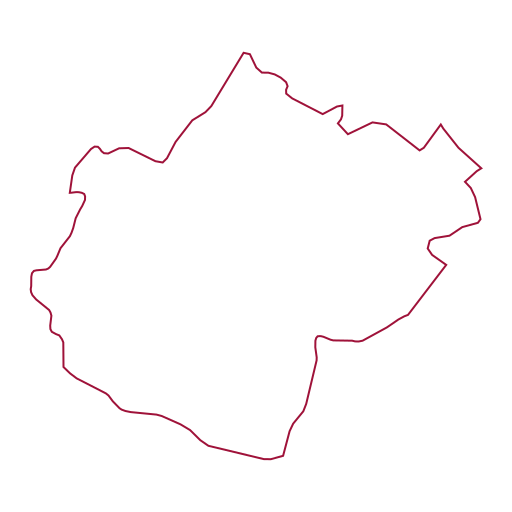 the border of Forlì-Cesena
{"feature_id": "ITA-5365", "entity_name": "Forlì-Cesena", "entity_type": "Province", "adm_level": 1, "iso_a3": "ITA", "parent_name": "Italy", "parent_adm1": "", "projection": "natural_earth1", "projection_center": [11.987, 44.042], "detail": "fine", "context": "isolated", "style": "outline", "palette": "rose", "viewbox_px": 512, "rotation_deg": 0, "n_neighbors": 0, "source": "natural_earth", "source_scale": "10m", "svg_char_len": 1758}
<svg xmlns="http://www.w3.org/2000/svg" viewBox="0 0 512 512"><path d="M440.8,124.5L443.3,128.6L458.5,147.8L481.3,168.3L476.7,171.2L465.0,181.8L470.8,188.0L475.1,197.1L480.5,219.2L477.9,222.8L462.3,227.1L449.5,235.7L434.6,238.1L429.7,240.7L427.7,248.5L432.1,254.9L446.2,264.9L408.0,314.9L404.3,316.3L398.4,319.5L386.9,327.4L362.6,340.7L358.6,341.5L355.1,341.4L352.2,340.7L333.3,340.4L330.5,339.7L323.5,336.8L321.1,336.2L319.7,336.1L317.6,336.3L316.2,338.0L315.4,340.7L315.3,347.3L316.7,357.4L316.6,360.4L306.2,403.9L303.3,411.3L293.2,423.6L289.6,431.2L283.1,455.8L270.8,459.2L263.8,459.1L208.4,445.8L200.3,440.2L190.1,430.1L180.6,424.4L161.7,416.0L156.5,414.6L130.8,412.1L125.4,411.0L121.6,409.6L119.5,408.2L112.8,401.3L108.5,395.5L105.9,393.4L76.7,378.4L70.1,373.4L67.6,371.0L63.5,367.0L63.3,342.4L62.0,339.3L59.3,335.4L56.0,334.1L51.8,331.8L50.4,329.1L50.2,325.6L51.4,315.7L50.5,312.5L49.1,310.0L36.2,299.5L32.5,295.3L31.1,292.2L30.7,289.2L31.2,286.1L31.3,276.7L32.0,273.2L33.9,270.9L36.5,270.3L46.0,269.5L48.3,268.5L50.1,266.9L56.0,258.6L57.4,255.7L60.5,248.2L69.9,236.2L71.5,232.8L73.2,228.1L75.7,218.2L80.2,209.3L82.2,206.0L85.0,199.9L85.1,196.4L84.2,194.0L81.8,192.8L78.9,192.2L76.3,192.1L71.4,192.7L69.8,192.8L72.3,175.4L75.0,167.6L91.0,149.0L94.6,146.6L97.9,146.8L99.9,148.8L101.6,151.3L104.0,153.2L108.1,153.5L119.1,148.3L128.6,148.0L155.4,161.2L162.7,162.5L167.0,158.2L175.6,141.9L192.3,120.3L205.4,112.2L211.3,106.1L243.6,52.8L249.9,54.2L256.3,67.6L261.9,72.6L268.4,72.7L274.7,74.4L280.7,77.6L286.1,82.2L287.6,86.2L286.1,89.8L286.2,93.6L292.2,98.4L322.7,114.1L337.0,106.5L342.4,105.5L342.2,115.7L341.0,119.3L337.9,123.4L347.9,134.2L372.5,122.4L386.2,124.4L419.6,150.4L423.8,147.8L440.8,124.5Z" fill="none" stroke="#9f1239" stroke-width="2"/></svg>